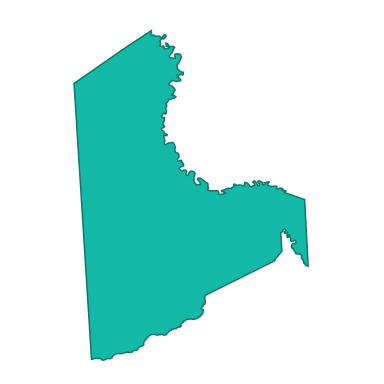 Kamrieng, Batdâmbâng, Cambodia, rotated 267°
{"feature_id": "14789045B46526313837061", "entity_name": "Kamrieng", "entity_type": "district", "adm_level": 2, "iso_a3": "KHM", "parent_name": "Cambodia", "parent_adm1": "Batdâmbâng", "projection": "natural_earth1", "projection_center": [102.586, 13.09], "detail": "fine", "context": "isolated", "style": "filled", "palette": "teal", "viewbox_px": 384, "rotation_deg": 267, "n_neighbors": 0, "source": "geoboundaries", "source_scale": "gbopen_adm2", "svg_char_len": 6053}
<svg xmlns="http://www.w3.org/2000/svg" viewBox="0 0 384 384"><g transform="rotate(267 192 192)"><path d="M306.6,79.9L30.2,82.9L30.2,83.8L30.9,85.8L30.7,86.7L31.0,88.2L30.6,89.7L30.6,91.5L30.4,92.0L28.8,93.7L28.7,94.4L28.9,96.1L29.6,96.9L30.1,100.3L29.9,100.9L30.1,102.6L30.5,103.3L32.7,104.6L34.2,107.6L34.7,109.2L34.2,112.0L34.6,115.0L35.2,117.3L35.5,119.1L34.9,121.3L35.2,122.0L35.1,123.0L35.2,123.8L36.1,124.4L36.8,125.9L36.7,127.3L37.0,128.6L37.5,129.3L40.4,131.7L40.5,133.1L41.1,134.1L41.3,135.4L41.9,135.8L44.0,135.8L45.8,136.8L47.1,138.2L48.7,139.3L49.7,140.9L50.6,141.3L51.1,142.9L51.7,143.6L51.9,144.3L51.7,148.0L50.9,149.3L51.1,151.7L51.3,152.2L51.3,154.1L51.5,154.7L50.5,156.4L50.6,158.2L52.4,160.4L53.7,161.5L54.9,163.3L55.1,164.2L56.0,164.5L55.9,166.2L56.4,167.0L56.3,168.6L56.4,169.1L57.6,169.9L57.5,170.8L58.0,171.7L57.7,172.7L58.0,173.4L59.0,174.2L60.4,173.7L61.2,174.3L62.5,176.6L63.5,176.6L63.7,178.1L64.1,179.0L64.9,179.6L65.2,180.5L65.0,182.5L65.3,183.1L65.3,184.7L64.8,185.6L64.7,186.5L65.2,189.3L65.7,191.1L66.7,191.8L67.0,193.1L68.7,195.0L70.8,196.6L73.1,197.2L73.7,197.1L74.7,195.5L75.3,195.2L76.4,195.8L77.6,197.2L78.6,197.4L79.5,197.9L79.1,198.6L79.9,199.1L81.8,199.5L83.4,199.1L84.0,199.4L85.7,199.1L87.5,199.6L88.3,200.1L118.8,270.6L119.7,271.4L120.8,271.6L122.6,273.6L128.4,278.8L135.2,278.5L142.7,278.7L143.7,278.4L145.9,278.5L146.5,278.7L147.8,280.4L149.3,281.0L150.2,281.8L150.1,282.7L149.6,283.4L148.8,283.8L148.3,283.5L147.5,282.2L146.0,282.2L146.0,283.3L146.8,284.6L145.4,284.9L142.2,284.4L141.6,284.9L141.6,285.5L142.1,286.1L142.6,286.2L143.8,285.7L144.0,286.3L144.0,286.9L143.5,287.4L141.4,287.7L140.3,288.2L138.4,287.9L137.8,288.1L137.5,288.5L137.3,289.5L137.5,290.3L138.6,291.9L138.4,292.6L137.8,293.0L135.7,293.1L135.3,292.0L135.4,291.2L134.9,289.6L134.1,288.9L131.6,288.4L131.0,288.6L130.3,290.3L129.2,290.3L127.3,291.8L125.2,292.3L124.6,293.2L124.6,295.7L124.3,296.6L123.2,297.9L122.6,298.2L120.7,297.7L119.3,298.3L118.8,299.2L117.6,299.3L117.1,299.9L115.4,300.0L114.8,300.4L114.6,301.1L112.6,301.5L112.6,302.9L111.9,304.1L178.5,304.1L186.5,284.5L186.9,284.2L188.0,285.8L188.4,285.5L188.4,284.2L189.1,283.7L188.8,282.2L189.2,281.7L190.2,282.8L190.7,282.6L191.0,282.1L191.3,280.1L190.4,277.1L193.1,276.9L193.5,276.5L193.5,271.6L194.1,268.9L195.1,267.8L196.7,268.6L197.8,269.6L198.3,269.2L197.5,265.2L196.5,265.4L195.8,265.1L195.4,263.6L195.7,263.0L196.2,262.8L197.7,263.4L198.3,262.0L199.6,260.3L199.4,258.6L198.8,258.2L198.1,258.5L196.3,259.8L194.8,259.4L194.7,258.3L198.1,256.5L199.9,255.1L199.8,254.5L199.4,253.8L198.6,253.1L197.4,254.6L196.1,254.9L195.3,254.5L195.2,253.7L194.2,252.0L194.1,251.4L194.7,250.0L195.8,249.6L197.6,248.1L198.6,246.9L198.8,246.3L198.6,245.3L198.0,244.9L196.6,244.8L195.6,244.2L195.6,242.8L196.1,242.1L196.6,239.2L196.2,237.1L197.3,235.8L197.6,235.1L197.6,234.3L197.2,233.9L195.4,234.4L194.8,233.8L194.7,232.8L194.2,231.9L193.3,231.2L193.9,228.7L193.4,227.3L193.0,225.4L192.1,223.6L192.1,221.9L191.8,221.5L191.0,221.9L190.6,222.5L189.8,225.1L189.3,225.7L188.9,225.5L189.0,224.7L188.4,223.1L188.4,221.5L187.8,220.3L187.9,219.5L188.5,218.9L190.5,218.5L191.4,218.0L191.9,217.1L192.3,210.8L192.7,208.5L193.2,207.9L194.0,207.8L194.6,208.6L195.3,208.7L196.6,207.9L197.8,208.3L199.3,208.4L200.1,207.8L201.0,206.3L203.3,203.7L205.2,201.2L205.5,200.5L205.5,199.3L205.2,198.5L204.4,198.0L201.7,200.2L199.7,200.8L199.1,200.7L198.9,200.0L198.8,197.7L199.1,196.4L200.4,196.0L201.4,195.0L202.3,194.7L206.8,194.7L210.0,196.0L211.5,195.6L212.1,194.9L213.0,192.4L212.8,191.4L210.7,189.6L208.8,188.8L208.8,187.6L210.6,186.8L212.6,187.6L213.7,187.4L214.3,186.6L214.2,185.1L213.7,183.6L213.2,183.2L214.1,181.8L214.5,181.7L215.7,180.6L216.2,180.5L217.1,181.2L217.9,182.7L218.3,184.8L219.2,185.2L221.0,184.7L221.8,184.0L222.3,183.1L223.7,183.4L224.1,183.2L224.2,181.5L223.3,180.3L223.7,179.3L226.2,179.2L226.5,180.1L227.3,180.8L230.5,180.8L231.5,180.2L231.7,179.0L232.2,178.3L233.2,177.5L235.4,176.9L236.1,177.0L236.6,177.6L237.2,177.8L241.0,176.6L242.5,175.5L242.4,174.1L242.1,173.5L242.3,172.3L242.2,171.1L241.8,170.1L240.7,168.5L240.8,167.6L241.2,167.1L243.1,166.8L245.1,167.7L249.6,166.3L250.0,166.8L249.6,167.6L249.7,169.9L250.5,170.3L252.1,167.5L253.7,167.1L254.2,166.8L254.4,166.1L255.7,164.7L256.3,164.8L257.4,165.6L258.0,167.2L258.7,168.0L261.1,166.6L261.8,166.5L263.0,167.0L264.3,168.0L267.4,168.4L267.9,168.2L267.9,166.0L268.5,165.5L270.9,166.5L272.6,167.9L271.3,169.3L271.5,170.1L274.3,170.9L276.6,169.9L278.1,171.0L279.9,171.2L280.5,171.2L281.5,170.3L282.0,170.4L282.1,171.1L282.8,172.1L285.9,174.1L285.8,175.6L286.4,177.3L286.6,178.8L287.3,180.5L287.9,180.9L288.8,179.9L289.7,177.1L290.2,176.7L290.6,177.4L290.5,178.0L291.0,178.7L292.5,178.7L294.2,180.3L294.9,180.4L296.3,179.8L299.0,177.4L299.7,176.4L299.9,175.0L300.4,174.5L301.2,174.6L302.5,175.6L303.3,177.0L304.3,178.1L304.4,178.9L303.6,180.9L303.2,183.2L303.5,183.9L303.5,186.0L304.1,186.6L305.3,186.4L306.4,185.2L306.5,184.6L306.4,184.0L307.0,183.6L307.2,184.3L308.6,184.2L309.0,183.8L309.2,183.1L309.7,183.1L309.6,186.0L310.0,187.1L309.3,188.9L309.8,189.5L312.1,189.5L312.3,187.6L312.8,187.3L313.0,186.7L316.0,183.8L317.5,183.7L319.5,183.8L322.4,186.2L325.6,187.7L327.5,188.4L329.3,188.0L330.4,186.8L330.9,183.6L330.8,182.7L329.7,181.7L327.1,182.4L326.5,182.2L326.3,181.6L327.0,179.2L327.1,177.0L328.0,176.4L328.7,176.5L329.9,177.1L332.1,179.0L332.7,179.9L335.1,180.6L337.4,182.2L337.8,181.9L338.4,180.8L338.5,180.0L338.3,178.3L338.5,177.5L339.1,176.8L341.2,175.5L342.2,173.9L341.9,173.5L339.9,174.2L339.2,173.8L338.6,174.6L337.9,176.5L337.1,176.8L336.7,176.4L336.2,173.3L336.4,172.5L337.1,171.6L338.7,171.7L339.3,171.3L339.2,168.2L339.6,167.6L340.8,167.8L342.2,168.5L344.3,167.8L345.5,168.5L346.4,169.7L346.6,171.1L346.4,171.8L347.6,173.3L348.7,174.4L350.1,173.9L350.5,173.1L349.8,171.8L349.2,171.2L348.1,170.8L347.5,169.9L349.4,167.5L349.3,163.8L350.0,162.7L350.5,162.3L350.9,161.4L350.8,160.3L351.3,159.2L352.1,158.8L353.2,159.9L355.3,159.8L339.9,133.6L306.6,79.9Z" fill="#14b8a6" stroke="#0f766e" stroke-width="1.5"/></g></svg>